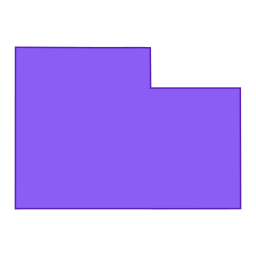 Cottonwood, Minnesota, United States of America (Robinson projection)
{"feature_id": "52423323B65882700434645", "entity_name": "Cottonwood", "entity_type": "district", "adm_level": 2, "iso_a3": "USA", "parent_name": "United States of America", "parent_adm1": "Minnesota", "projection": "robinson", "projection_center": [-95.186, 44.022], "detail": "fine", "context": "isolated", "style": "filled", "palette": "violet", "viewbox_px": 256, "rotation_deg": 0, "n_neighbors": 0, "source": "geoboundaries", "source_scale": "gbopen_adm2", "svg_char_len": 277}
<svg xmlns="http://www.w3.org/2000/svg" viewBox="0 0 256 256"><path d="M15.4,208.7L19.1,208.6L150.5,208.6L152.5,208.7L240.6,208.6L240.3,88.1L150.6,88.1L150.3,47.8L147.4,47.8L142.8,47.6L102.2,47.7L15.5,47.3L15.4,208.7Z" fill="#8b5cf6" stroke="#5b21b6" stroke-width="1.5"/></svg>